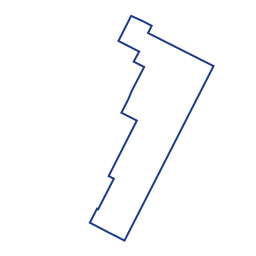 Garfield, Colorado, United States of America (Equal Earth projection), rotated 297°
{"feature_id": "52423323B61812355653584", "entity_name": "Garfield", "entity_type": "district", "adm_level": 2, "iso_a3": "USA", "parent_name": "United States of America", "parent_adm1": "Colorado", "projection": "equal_earth", "projection_center": [-107.968, 39.729], "detail": "fine", "context": "isolated", "style": "outline", "palette": "blue", "viewbox_px": 256, "rotation_deg": 297, "n_neighbors": 0, "source": "geoboundaries", "source_scale": "gbopen_adm2", "svg_char_len": 442}
<svg xmlns="http://www.w3.org/2000/svg" viewBox="0 0 256 256"><g transform="rotate(297 128 128)"><path d="M26.3,137.0L26.1,158.6L26.1,176.0L121.7,176.1L189.9,176.1L222.0,176.1L221.7,102.7L229.8,102.7L229.9,91.6L229.3,79.9L201.2,80.0L201.2,91.5L201.1,103.3L189.7,102.9L189.7,114.7L163.2,114.5L153.8,115.2L138.6,115.2L138.6,132.5L76.4,132.6L76.4,138.4L41.9,138.3L42.0,137.0L26.3,137.0Z" fill="none" stroke="#1e3a8a" stroke-width="2"/></g></svg>